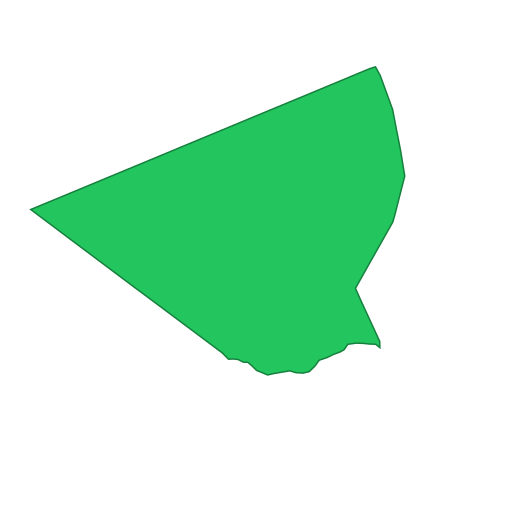 outline of Heliópolis, Bahia, Brazil, rotated 66°
{"feature_id": "56859067B32891421034435", "entity_name": "Heliópolis", "entity_type": "district", "adm_level": 2, "iso_a3": "BRA", "parent_name": "Brazil", "parent_adm1": "Bahia", "projection": "albers", "projection_center": [-38.271, -10.758], "detail": "fine", "context": "isolated", "style": "filled", "palette": "green", "viewbox_px": 512, "rotation_deg": 66, "n_neighbors": 0, "source": "geoboundaries", "source_scale": "gbopen_adm2", "svg_char_len": 857}
<svg xmlns="http://www.w3.org/2000/svg" viewBox="0 0 512 512"><g transform="rotate(66 256 256)"><path d="M390.1,180.1L384.3,177.7L339.6,178.3L326.0,178.3L309.0,155.5L288.2,127.4L280.6,117.2L275.5,112.9L243.5,87.6L218.8,81.1L207.1,78.4L197.3,76.2L177.7,71.6L141.8,69.1L131.8,69.9L131.1,75.7L130.8,86.6L130.0,120.9L128.6,176.4L128.0,198.8L127.7,212.2L126.0,279.8L125.5,301.1L124.8,328.9L121.9,442.9L165.6,418.6L235.9,379.4L244.0,374.8L254.0,369.2L259.7,366.0L330.7,326.3L339.1,323.1L340.8,318.7L343.3,314.4L347.7,310.9L349.8,306.7L354.7,304.4L360.8,302.0L364.7,298.2L369.4,293.8L370.8,286.8L372.8,279.1L374.7,271.7L378.7,267.2L382.1,260.7L383.3,254.4L380.6,247.1L376.9,240.6L377.7,232.3L377.4,225.2L377.9,218.7L377.5,213.7L374.0,208.0L376.4,199.8L379.6,193.3L382.5,188.3L385.3,182.6L390.1,180.1Z" fill="#22c55e" stroke="#15803d" stroke-width="1.5"/></g></svg>